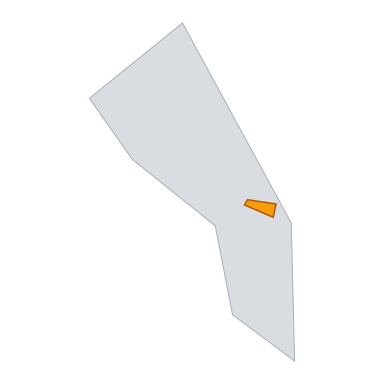 Seychelles, with Anse aux Pins highlighted
{"feature_id": "SYC-5198", "entity_name": "Anse aux Pins", "entity_type": "state/province", "adm_level": 1, "iso_a3": "SYC", "parent_name": "Seychelles", "parent_adm1": "", "projection": "natural_earth1", "projection_center": [55.519, -4.683], "detail": "fine", "context": "in_parent", "style": "filled", "palette": "amber", "viewbox_px": 384, "rotation_deg": 0, "n_neighbors": 0, "source": "natural_earth", "source_scale": "10m", "svg_char_len": 347}
<svg xmlns="http://www.w3.org/2000/svg" viewBox="0 0 384 384"><path d="M291.3,223.1L294.6,361.0L232.6,314.8L215.2,225.8L132.3,159.4L89.4,98.3L182.5,23.0L291.3,223.1Z" fill="#d9dde1" stroke="#a8b0b8" stroke-width="1"/><path d="M276.1,204.0L273.2,217.3L244.5,205.0L247.5,199.7L276.1,204.0Z" fill="#f59e0b" stroke="#b45309" stroke-width="1.5"/></svg>